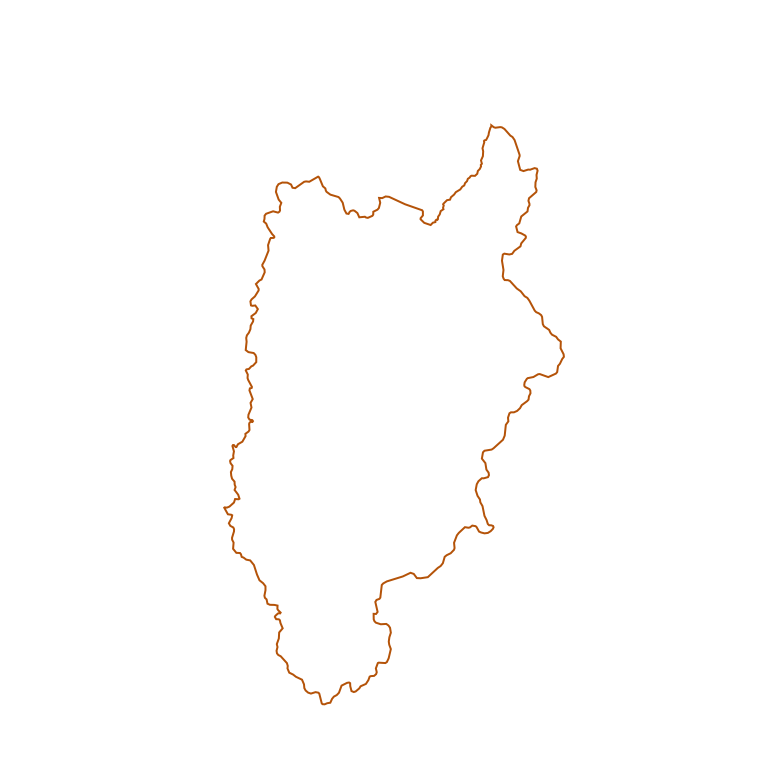 Churcampa, Huancavelica, Peru (Albers equal-area conic projection), rotated 51°
{"feature_id": "86281439B50085873664209", "entity_name": "Churcampa", "entity_type": "district", "adm_level": 2, "iso_a3": "PER", "parent_name": "Peru", "parent_adm1": "Huancavelica", "projection": "albers", "projection_center": [-74.502, -12.598], "detail": "fine", "context": "isolated", "style": "outline", "palette": "amber", "viewbox_px": 768, "rotation_deg": 51, "n_neighbors": 0, "source": "geoboundaries", "source_scale": "gbopen_adm2", "svg_char_len": 6165}
<svg xmlns="http://www.w3.org/2000/svg" viewBox="0 0 768 768"><g transform="rotate(51 384 384)"><path d="M562.2,633.8L567.1,635.2L570.2,637.3L572.9,637.8L576.1,637.2L578.6,635.6L580.4,631.1L582.7,629.2L584.0,629.2L593.1,633.4L594.2,633.2L595.6,631.7L596.3,629.1L597.9,626.3L596.0,622.5L595.4,619.7L596.0,616.5L595.6,613.3L591.7,606.8L593.0,600.8L594.0,599.0L595.2,598.6L597.6,600.4L602.2,602.5L604.4,601.3L605.1,599.5L605.0,594.8L604.2,592.4L605.7,586.8L604.3,582.5L602.4,579.3L602.7,578.1L604.6,575.4L604.5,572.7L603.4,571.0L599.9,569.3L597.0,564.4L597.2,563.5L601.7,558.6L601.9,556.8L600.1,553.0L594.3,545.5L589.9,544.0L587.2,542.4L584.2,539.2L581.6,535.2L577.2,532.7L574.5,532.5L571.9,533.2L568.7,537.7L564.4,540.5L562.4,540.7L560.4,540.1L556.1,536.7L557.7,534.9L557.1,532.4L547.9,527.9L547.1,525.7L548.1,522.8L547.7,521.3L538.8,512.2L538.5,510.1L539.2,506.0L545.4,490.5L547.4,482.2L550.3,480.4L555.5,480.6L558.0,477.8L561.7,471.5L560.8,457.9L561.1,454.5L560.3,451.0L556.5,445.6L556.5,443.0L557.5,438.7L556.9,433.9L555.9,432.4L551.5,429.5L547.5,422.6L546.8,419.6L546.2,411.2L548.8,408.9L549.5,407.6L549.6,404.5L552.1,402.3L553.5,402.1L558.5,403.0L560.5,402.0L563.3,399.9L565.1,397.0L565.5,393.7L565.1,390.5L564.3,389.0L563.0,388.6L561.4,389.5L559.9,391.2L558.1,391.4L554.3,389.9L549.7,388.9L540.9,384.3L536.6,383.6L534.1,382.1L529.8,381.7L524.1,379.5L520.3,375.0L519.0,371.8L518.8,367.3L520.1,365.8L521.8,361.8L520.9,359.8L518.7,358.5L515.0,358.3L509.3,355.0L503.6,354.9L499.4,350.1L499.1,347.9L502.7,341.6L502.9,339.4L502.2,326.6L500.1,322.7L492.4,315.0L491.3,310.9L488.2,308.8L485.7,304.9L485.9,303.2L487.8,300.8L488.7,297.5L488.4,293.5L487.1,290.3L487.4,283.5L487.1,281.5L484.8,279.1L483.4,276.0L481.1,274.4L479.5,274.2L475.3,276.1L474.1,276.2L473.0,275.6L471.2,273.6L469.9,269.8L469.9,268.6L472.6,263.5L473.4,258.1L474.3,256.7L482.0,252.0L484.1,243.8L483.7,241.9L479.5,237.4L479.0,234.6L476.7,229.7L476.1,227.1L473.9,225.7L467.4,224.3L462.3,219.9L458.8,220.7L455.7,220.5L451.4,222.4L448.8,222.4L445.9,221.6L439.8,223.4L437.4,222.9L431.3,218.9L429.4,218.5L426.5,219.2L424.0,220.5L421.9,220.7L410.7,218.6L407.3,218.4L404.2,219.5L398.0,219.4L393.3,220.7L383.1,221.3L381.2,222.4L379.2,224.8L377.5,224.8L375.0,223.9L370.6,219.4L362.4,214.7L358.2,210.2L358.4,208.5L362.2,205.1L363.5,202.5L362.5,198.8L362.9,191.3L361.1,188.9L359.7,181.9L358.8,181.0L357.6,180.8L353.4,182.5L350.0,184.6L344.7,182.2L344.2,180.7L344.3,177.8L340.2,171.9L340.2,163.9L337.7,161.2L336.6,158.4L335.4,157.5L332.6,156.5L330.9,154.4L330.6,144.9L329.5,143.5L326.1,142.4L322.6,139.3L320.5,136.0L317.5,133.9L314.9,130.4L312.9,129.7L311.0,131.1L309.4,135.6L308.1,137.0L306.3,141.6L303.3,143.4L295.1,139.7L292.2,135.1L291.2,134.4L276.6,129.0L272.9,128.7L270.5,129.5L261.6,129.9L258.7,130.9L257.5,132.0L254.9,136.2L253.5,137.1L250.5,137.8L251.3,138.4L251.9,140.2L254.6,144.2L256.4,146.2L257.6,148.7L258.6,151.0L257.9,152.6L258.1,153.4L259.3,154.0L262.8,159.1L265.6,160.5L269.2,163.8L271.3,167.9L274.4,169.3L274.7,170.9L276.0,171.7L277.2,174.3L277.5,177.0L279.3,179.2L279.5,182.3L277.2,184.9L277.0,185.9L277.5,187.7L277.3,189.7L278.6,191.8L278.9,194.6L280.2,196.7L279.9,199.0L280.8,202.3L280.1,207.5L280.9,210.3L281.0,214.4L282.3,216.7L280.8,219.3L281.3,224.4L281.6,225.0L282.8,225.2L284.3,227.3L285.6,227.8L285.3,231.1L287.3,234.0L288.0,236.6L289.9,238.5L290.0,239.4L289.3,239.8L289.4,241.1L290.5,242.2L289.4,244.5L289.8,247.7L284.1,251.3L279.0,251.9L278.2,251.2L277.5,247.7L274.4,245.2L273.0,245.0L257.6,254.5L241.7,262.3L239.3,264.7L238.4,268.4L236.3,270.7L240.8,272.9L244.0,277.2L244.4,279.4L243.4,283.9L245.6,285.8L246.0,287.2L244.7,292.0L243.3,293.2L242.0,293.6L238.9,298.3L234.4,297.1L230.8,297.9L229.6,298.7L228.6,300.9L228.6,302.3L229.5,304.5L227.9,305.9L223.6,305.1L217.1,302.0L212.1,301.5L210.1,301.7L203.1,306.5L198.5,307.7L197.1,307.5L195.1,306.5L191.9,307.1L184.6,304.9L182.5,304.4L181.4,304.7L179.8,314.8L177.5,317.1L176.6,318.8L175.9,329.8L173.9,331.6L170.5,330.7L166.7,332.4L163.4,336.3L162.3,340.2L163.3,343.2L166.7,347.1L174.4,349.8L178.6,349.8L180.7,353.4L183.7,355.6L184.3,356.9L184.1,358.5L180.0,361.5L177.5,368.5L178.0,370.8L180.5,373.0L182.1,375.2L185.2,374.6L189.0,375.8L197.0,376.6L200.2,376.4L201.0,377.0L201.0,377.8L199.3,380.1L199.6,381.2L203.1,386.7L207.7,389.8L213.0,399.2L214.8,403.6L216.0,404.4L219.8,404.8L222.1,406.4L225.7,413.4L225.2,415.7L225.7,420.6L231.3,421.6L232.4,422.6L234.7,429.2L234.9,433.7L235.7,435.8L239.2,437.9L240.3,437.2L242.0,434.6L246.4,434.9L248.1,439.0L247.9,444.4L249.6,445.6L251.3,444.7L253.0,446.4L254.7,450.8L257.3,453.3L259.1,456.7L259.9,459.9L261.5,462.1L264.7,464.2L270.6,470.1L273.9,469.3L277.9,465.8L280.4,465.6L282.8,466.4L286.6,469.5L287.3,474.2L286.8,476.0L287.3,479.5L286.1,481.7L286.5,482.9L290.9,483.9L293.5,486.3L295.4,487.0L303.2,488.5L303.8,489.4L303.0,491.0L304.3,492.6L313.1,495.5L314.7,499.6L318.9,501.8L322.6,508.7L324.6,510.6L327.1,510.9L329.2,509.1L330.4,509.2L330.7,510.2L329.4,511.5L329.5,512.9L330.2,514.0L335.1,517.5L335.7,519.2L335.5,523.1L337.4,524.4L339.7,530.4L338.9,535.4L340.1,538.4L339.6,539.0L336.9,539.1L336.4,539.9L336.8,540.8L341.9,543.0L344.7,546.2L346.8,547.6L346.5,551.2L347.0,552.1L349.0,553.1L352.3,553.2L354.7,555.5L356.1,558.4L359.1,560.4L362.0,561.7L365.8,561.6L368.3,563.4L370.7,564.2L372.3,566.8L378.3,567.0L382.2,568.5L382.1,569.5L379.7,572.1L381.7,575.2L382.0,581.3L381.2,583.9L379.6,585.5L379.6,586.0L387.0,587.3L389.6,584.9L390.5,584.6L392.3,586.8L394.6,592.2L397.5,592.7L400.7,591.4L402.5,591.9L404.2,593.4L407.9,598.9L409.4,600.0L412.6,600.7L417.1,605.0L422.3,605.0L424.7,602.3L426.3,602.3L428.8,603.4L430.5,602.4L433.8,601.6L436.9,599.0L442.8,599.0L452.1,602.6L458.2,604.3L462.8,603.3L466.6,603.4L469.7,605.9L473.3,610.2L475.2,611.1L477.5,610.8L481.4,612.8L483.8,611.6L486.8,608.1L489.2,606.2L491.7,608.4L493.3,608.6L496.6,608.2L496.9,609.1L496.0,609.9L495.6,610.9L495.8,614.4L496.3,615.4L498.9,615.8L500.7,613.8L502.1,613.6L504.6,614.9L510.1,616.5L511.1,621.8L515.6,625.9L518.7,631.0L521.4,632.3L523.7,635.4L526.0,636.7L528.1,636.7L530.6,635.6L539.8,635.1L542.5,636.2L544.3,638.0L548.7,639.3L552.6,637.5L556.1,636.7L562.2,633.8Z" fill="none" stroke="#b45309" stroke-width="2"/></g></svg>